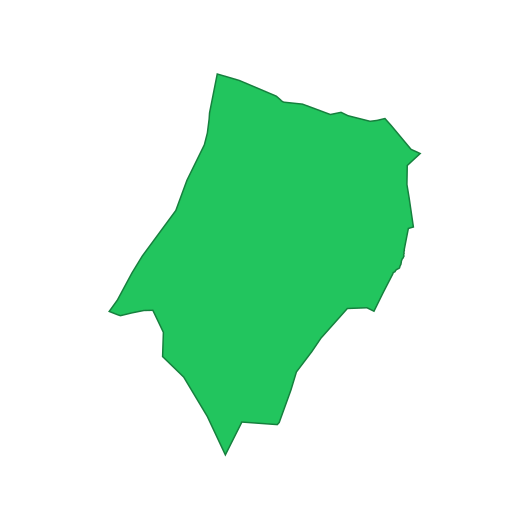 the district of Bogd, Övörhangay, Mongolia, rotated 122°
{"feature_id": "93677404B40761087888007", "entity_name": "Bogd", "entity_type": "district", "adm_level": 2, "iso_a3": "MNG", "parent_name": "Mongolia", "parent_adm1": "Övörhangay", "projection": "robinson", "projection_center": [102.15, 44.534], "detail": "fine", "context": "isolated", "style": "filled", "palette": "green", "viewbox_px": 512, "rotation_deg": 122, "n_neighbors": 0, "source": "geoboundaries", "source_scale": "gbopen_adm2", "svg_char_len": 1455}
<svg xmlns="http://www.w3.org/2000/svg" viewBox="0 0 512 512"><g transform="rotate(122 256 256)"><path d="M82.1,171.1L83.4,181.0L80.6,189.6L73.8,210.3L71.1,219.5L76.8,225.1L81.3,230.6L88.3,252.4L89.1,260.0L96.6,267.9L102.6,297.1L110.9,314.1L111.0,316.8L110.7,317.4L109.7,323.4L116.0,363.2L122.2,385.3L159.3,371.2L164.7,368.3L177.5,362.4L189.1,358.7L228.3,354.7L259.9,348.1L316.3,352.4L336.0,352.2L366.8,350.2L380.8,351.1L379.2,342.5L378.6,339.9L378.4,339.3L370.1,331.2L361.6,322.2L356.7,314.7L369.8,294.1L390.8,281.9L394.8,263.2L397.0,253.1L417.9,212.2L440.9,176.6L404.3,180.0L387.7,148.6L384.9,148.1L351.0,155.4L332.9,160.3L307.5,158.0L291.2,157.4L252.1,150.7L241.1,134.5L240.3,126.7L219.4,128.8L198.7,130.5L197.6,130.8L197.1,130.7L196.6,130.4L195.6,129.8L195.1,129.9L194.4,129.9L193.8,129.8L193.1,129.7L192.7,129.4L192.4,129.2L192.0,129.1L191.5,128.7L191.2,128.5L190.4,128.1L189.9,128.0L189.4,128.2L188.9,128.4L187.2,128.7L186.6,128.6L185.9,128.9L185.0,129.2L184.5,129.4L183.9,129.7L183.5,129.9L182.9,130.1L182.2,130.2L181.7,130.3L181.3,130.4L180.8,130.4L180.4,130.4L180.1,130.3L179.7,130.2L179.3,130.3L178.7,130.4L177.9,130.4L177.4,130.7L177.1,131.2L176.6,131.5L176.1,131.6L175.8,131.7L175.3,131.8L175.1,132.0L174.9,132.2L174.6,132.5L174.2,132.6L173.8,132.8L173.4,133.0L172.8,133.1L172.4,133.3L171.7,133.9L171.2,134.0L151.9,141.4L148.0,137.9L125.5,157.0L115.4,165.9L99.1,175.7L82.1,171.1Z" fill="#22c55e" stroke="#15803d" stroke-width="1.5"/></g></svg>